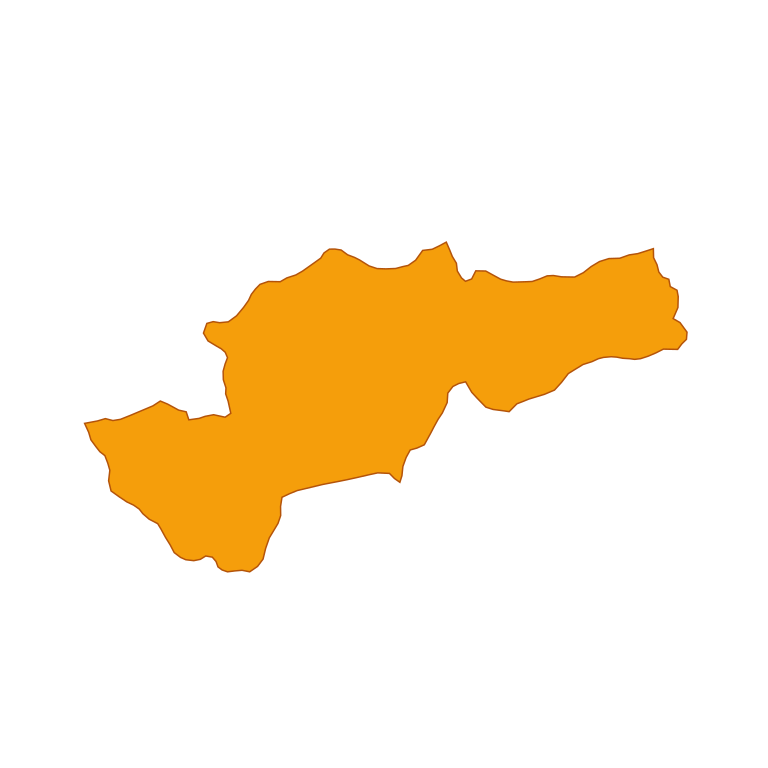 Catanduva, São Paulo, Brazil, rotated 30°
{"feature_id": "56859067B89328127928865", "entity_name": "Catanduva", "entity_type": "district", "adm_level": 2, "iso_a3": "BRA", "parent_name": "Brazil", "parent_adm1": "São Paulo", "projection": "robinson", "projection_center": [-48.958, -21.13], "detail": "fine", "context": "isolated", "style": "filled", "palette": "amber", "viewbox_px": 768, "rotation_deg": 30, "n_neighbors": 0, "source": "geoboundaries", "source_scale": "gbopen_adm2", "svg_char_len": 2666}
<svg xmlns="http://www.w3.org/2000/svg" viewBox="0 0 768 768"><g transform="rotate(30 384 384)"><path d="M578.3,150.9L572.0,152.1L566.0,149.6L560.8,144.2L554.3,139.8L549.6,132.1L544.1,138.2L538.6,144.2L531.8,149.6L525.3,157.2L520.8,160.0L516.1,162.9L509.4,170.2L504.7,178.7L501.0,187.9L495.6,196.1L484.2,202.4L476.4,205.4L471.2,208.8L466.2,215.3L461.1,221.1L455.3,224.8L444.9,231.2L438.4,233.5L432.6,234.9L425.4,235.1L415.6,235.3L406.9,240.1L407.4,249.2L403.2,254.3L398.1,253.4L391.0,249.5L386.3,243.2L379.4,239.4L373.9,235.1L367.0,230.0L362.7,236.9L358.4,243.2L350.7,249.0L349.5,261.0L345.7,269.2L341.6,272.9L336.4,278.1L328.0,283.4L320.3,287.5L312.1,289.2L300.7,288.8L295.3,289.1L287.9,290.3L279.9,289.4L274.0,291.7L269.3,294.5L266.5,300.5L266.3,306.6L262.6,314.8L257.0,327.0L253.1,333.7L246.8,340.7L243.0,347.3L232.5,353.1L226.8,359.7L225.2,366.0L224.3,372.7L224.9,379.3L224.1,387.8L222.2,398.7L218.1,408.0L211.0,413.1L204.9,415.4L200.3,420.1L202.2,430.2L210.1,434.7L220.1,434.9L225.5,434.9L230.6,435.9L235.3,439.4L236.4,446.1L238.3,453.4L242.7,460.6L249.1,466.4L251.8,471.7L257.5,476.7L266.0,486.0L263.0,492.2L251.8,495.8L245.2,501.5L241.1,506.2L232.9,512.6L226.6,507.0L219.2,509.3L214.0,509.4L206.6,509.6L198.8,510.6L194.8,518.5L180.1,537.9L173.4,546.4L167.5,551.2L160.0,553.3L154.3,559.3L144.4,567.8L152.4,573.5L158.1,578.9L166.1,582.4L171.8,584.7L178.1,585.6L184.3,590.6L189.7,595.8L193.9,605.5L201.1,613.1L211.2,614.1L220.3,614.7L227.7,614.1L234.6,614.7L240.0,616.9L248.2,618.5L257.9,618.1L263.3,621.1L271.5,626.1L279.2,630.2L286.6,634.9L294.5,635.9L300.2,635.3L307.6,632.1L312.6,627.7L315.6,622.1L321.9,619.8L327.3,621.7L331.7,625.4L336.7,626.0L342.4,624.9L348.2,620.5L354.2,616.3L361.6,613.8L365.7,605.2L366.8,596.1L363.7,585.6L361.6,574.6L361.8,564.1L361.9,557.7L360.3,549.6L355.6,541.7L352.3,533.1L356.9,526.4L362.1,519.7L381.3,501.5L393.9,490.6L399.9,485.3L406.7,479.1L416.7,469.8L423.0,464.1L433.4,458.7L440.3,460.6L446.9,461.2L445.4,454.5L441.6,446.0L439.9,436.6L439.7,428.0L444.6,423.0L449.3,416.5L449.0,402.7L448.7,396.5L448.5,387.5L449.0,379.9L448.0,368.5L443.8,360.0L444.9,351.7L448.5,346.2L453.6,341.3L464.1,347.3L471.4,349.6L477.0,351.2L483.8,353.1L491.2,351.5L501.3,347.3L506.2,345.4L509.0,334.7L513.1,329.6L517.0,324.6L528.2,312.6L534.7,304.0L536.9,293.9L538.4,282.8L542.1,275.9L546.6,267.6L552.9,260.7L557.0,254.9L560.8,251.2L567.1,246.8L572.0,244.4L578.0,242.3L583.8,239.4L588.8,237.3L593.5,233.8L598.9,227.8L604.0,221.0L608.5,214.1L614.3,210.9L621.0,207.2L621.9,200.2L623.6,194.1L620.5,187.6L609.6,182.8L601.7,182.8L600.3,170.8L595.1,161.2L590.9,156.3L583.2,156.5L578.3,150.9Z" fill="#f59e0b" stroke="#b45309" stroke-width="1.5"/></g></svg>